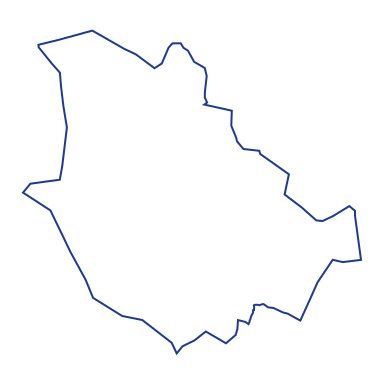 Iwo, Osun, Nigeria (Robinson projection)
{"feature_id": "59680162B23671729796425", "entity_name": "Iwo", "entity_type": "district", "adm_level": 2, "iso_a3": "NGA", "parent_name": "Nigeria", "parent_adm1": "Osun", "projection": "robinson", "projection_center": [4.161, 7.675], "detail": "fine", "context": "isolated", "style": "outline", "palette": "blue", "viewbox_px": 384, "rotation_deg": 0, "n_neighbors": 0, "source": "geoboundaries", "source_scale": "gbopen_adm2", "svg_char_len": 1227}
<svg xmlns="http://www.w3.org/2000/svg" viewBox="0 0 384 384"><path d="M361.0,259.9L355.0,215.6L355.0,211.3L354.9,210.7L349.3,206.1L333.5,215.8L322.7,221.0L316.3,220.4L301.4,207.2L296.6,203.6L284.6,194.5L288.9,174.3L260.2,154.0L259.3,150.8L243.4,149.0L236.9,141.2L236.4,138.3L234.2,132.8L231.3,125.8L231.8,110.7L204.3,104.6L207.1,102.5L204.8,97.5L204.9,92.0L206.7,76.1L204.8,68.0L194.1,61.8L188.0,50.7L183.5,47.8L180.7,43.3L172.4,43.4L168.6,47.6L161.8,63.5L154.5,68.2L135.8,54.3L124.5,49.0L92.3,30.6L57.7,40.1L38.4,44.8L38.7,47.3L51.6,63.3L59.9,72.7L61.0,86.1L63.4,106.1L66.9,127.5L62.2,166.3L59.8,179.7L30.4,183.7L23.0,192.6L50.4,210.4L62.7,235.8L70.4,251.9L85.7,279.9L92.0,295.3L93.1,297.9L122.2,316.0L142.3,320.0L171.7,342.8L176.7,353.4L182.5,346.3L194.5,340.4L205.8,331.5L226.0,343.3L235.7,334.9L237.4,328.8L238.0,320.1L245.3,321.9L248.5,324.1L249.6,321.7L249.6,320.4L250.3,319.3L251.0,317.0L251.5,315.4L252.8,313.3L253.1,312.0L253.0,310.3L254.0,310.1L254.2,307.7L253.9,305.4L254.4,304.9L256.3,304.8L258.0,304.8L259.3,305.3L261.5,304.4L263.6,304.1L268.0,307.3L273.5,308.0L283.1,312.5L287.6,313.6L300.3,320.6L310.4,298.4L317.5,282.4L332.7,259.8L342.7,262.1L361.0,259.9Z" fill="none" stroke="#1e3a8a" stroke-width="2"/></svg>